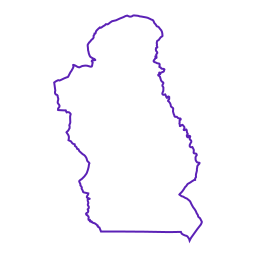 Derre, Zambezia, Mozambique
{"feature_id": "85939544B72257349680566", "entity_name": "Derre", "entity_type": "district", "adm_level": 2, "iso_a3": "MOZ", "parent_name": "Mozambique", "parent_adm1": "Zambezia", "projection": "mercator", "projection_center": [36.148, -17.057], "detail": "fine", "context": "isolated", "style": "outline", "palette": "violet", "viewbox_px": 256, "rotation_deg": 0, "n_neighbors": 0, "source": "geoboundaries", "source_scale": "gbopen_adm2", "svg_char_len": 5709}
<svg xmlns="http://www.w3.org/2000/svg" viewBox="0 0 256 256"><path d="M197.6,165.6L199.3,163.7L199.5,163.2L199.5,162.9L199.1,162.7L197.5,162.5L196.9,162.1L196.3,161.2L195.9,160.7L195.6,159.7L195.5,157.5L195.9,156.3L196.7,155.3L196.7,154.6L196.3,153.8L195.8,153.6L194.9,153.5L193.9,153.2L193.6,152.7L193.8,150.6L193.7,149.6L192.5,147.2L192.3,147.0L191.2,147.3L190.5,147.1L189.8,146.5L189.7,145.5L189.8,144.7L190.6,143.1L191.2,142.2L191.3,141.4L191.2,140.8L191.0,140.4L190.0,139.6L189.7,138.9L189.7,138.2L190.2,136.4L190.0,136.1L189.6,135.9L188.4,135.9L188.3,136.0L188.3,137.0L187.9,137.3L187.4,137.1L187.0,136.6L186.8,135.8L186.9,135.1L187.4,134.7L187.7,134.2L187.7,133.7L187.1,132.8L186.9,132.0L186.8,130.8L186.6,130.0L186.3,129.5L186.2,129.5L184.6,130.1L184.3,130.1L183.8,130.0L183.7,129.7L184.4,128.3L184.4,127.5L184.3,127.0L183.1,125.4L182.5,124.9L182.2,124.9L181.4,125.2L180.5,126.0L180.2,126.1L179.9,126.0L179.8,124.6L179.4,123.6L179.6,122.6L179.6,120.6L180.0,120.0L180.6,119.6L180.7,119.2L180.6,118.8L180.3,118.5L179.0,118.4L178.5,118.3L177.8,117.8L176.8,116.8L175.2,116.8L174.8,116.6L174.4,116.0L174.3,115.2L173.8,114.3L173.0,111.5L173.2,108.6L173.0,108.1L171.1,106.6L170.8,105.9L170.6,104.5L170.0,103.1L168.8,101.5L168.1,101.0L168.1,100.7L168.2,100.3L169.0,99.4L169.2,99.0L169.2,97.0L168.6,96.5L168.0,96.6L167.5,97.0L167.3,97.6L167.0,97.9L166.8,97.8L166.4,97.2L165.5,94.9L165.2,94.4L163.9,94.8L163.1,94.7L162.7,94.5L162.3,93.8L162.5,92.8L163.3,90.9L163.4,87.5L163.1,86.9L162.6,86.3L162.4,85.6L162.6,84.6L163.2,83.7L163.4,83.0L163.0,82.3L161.8,81.5L161.0,80.3L159.9,76.6L159.0,75.8L158.4,75.5L158.2,75.0L158.8,74.3L160.1,74.1L160.1,73.9L159.9,73.6L159.3,73.1L159.2,72.9L159.4,72.6L160.4,72.8L161.3,72.7L162.4,72.0L163.3,71.8L163.7,71.5L163.9,71.2L164.2,70.0L164.4,69.7L164.4,69.4L164.1,69.1L163.7,68.9L162.4,68.8L161.7,68.7L161.3,68.4L160.5,67.4L159.5,67.1L159.4,67.0L159.4,66.6L159.7,64.8L159.5,64.0L159.3,63.7L156.8,63.1L155.6,62.4L154.7,62.2L154.0,61.8L153.6,61.1L153.8,60.4L154.8,59.2L155.1,58.4L155.4,58.1L156.2,58.0L156.4,57.8L156.2,57.2L155.4,56.6L155.4,56.4L155.8,56.2L156.4,56.4L156.2,54.6L157.3,52.9L157.1,52.1L156.1,50.8L155.8,49.4L156.1,48.0L156.9,47.7L157.3,47.3L157.2,46.6L156.8,45.8L157.0,44.2L156.7,43.1L157.1,41.1L157.5,40.7L158.6,40.1L160.7,37.3L162.2,36.3L162.5,35.9L162.3,33.5L162.0,32.0L161.3,30.4L159.8,28.6L158.8,27.2L158.1,26.7L157.1,26.4L156.6,26.0L155.8,24.6L154.2,22.8L153.7,21.3L152.7,20.0L151.4,19.6L150.5,19.1L147.7,17.8L146.0,17.4L141.1,16.5L139.9,16.4L138.0,15.8L133.9,15.4L133.0,15.6L132.1,16.2L130.9,16.6L129.7,16.6L128.7,16.3L127.2,15.6L125.4,16.1L123.5,17.1L119.9,18.5L116.0,20.3L112.1,21.2L110.3,22.4L108.4,23.9L107.6,24.3L105.8,24.2L104.8,25.3L103.2,26.2L101.4,27.5L100.8,27.7L99.9,27.4L99.7,27.6L99.6,28.0L98.9,28.2L96.6,30.5L96.0,31.4L95.5,33.3L95.2,33.5L94.5,33.6L94.4,34.6L93.6,35.7L93.6,37.5L93.1,38.4L92.4,39.1L91.5,39.8L90.0,41.7L89.2,42.4L87.9,44.4L87.7,44.9L87.7,46.0L87.9,47.5L88.1,50.4L88.5,51.7L88.8,53.4L89.7,55.8L90.2,56.6L90.6,57.0L92.9,58.4L94.4,59.0L95.2,59.8L95.2,60.0L94.5,60.2L92.3,60.3L91.9,60.6L91.8,61.5L92.6,62.2L92.7,62.8L92.4,63.7L92.2,65.2L91.8,66.4L91.0,66.7L90.2,66.6L87.1,65.7L85.1,65.6L82.3,66.0L79.5,67.3L79.1,67.3L78.5,67.2L77.4,66.8L75.2,65.5L73.6,64.9L73.2,65.0L73.2,65.6L73.5,66.7L72.8,68.4L71.4,70.9L70.4,72.3L68.1,76.8L67.8,77.0L66.3,77.5L64.1,78.4L61.0,79.9L59.6,80.5L58.5,80.2L57.9,80.3L55.9,81.3L54.2,82.5L55.3,90.6L55.0,91.8L55.0,93.0L55.2,93.5L55.7,94.4L57.0,94.9L57.6,95.6L57.7,96.6L58.3,98.9L58.0,100.7L57.8,101.1L57.7,102.7L57.9,103.2L59.2,105.0L59.5,105.7L59.4,106.8L58.1,108.5L58.0,109.9L58.7,110.1L64.3,110.4L65.3,110.3L65.8,110.4L66.1,111.5L66.7,112.4L67.5,112.1L69.0,112.3L69.8,112.9L70.7,114.1L70.3,115.5L70.1,116.7L70.2,120.0L70.3,122.3L70.0,123.6L69.6,124.4L69.3,125.4L69.6,126.2L69.6,128.1L68.2,130.6L67.5,131.3L66.8,131.8L66.5,132.4L68.1,134.7L68.8,136.3L68.9,137.9L68.5,140.2L71.0,141.4L72.2,143.1L72.9,143.7L74.7,144.3L74.9,145.9L76.2,146.9L76.6,147.4L77.2,148.9L78.4,149.2L79.3,151.1L82.6,154.1L84.2,155.1L85.2,156.1L86.1,157.5L86.6,158.5L87.0,160.1L87.5,161.2L88.8,162.4L89.4,163.2L89.0,164.3L88.6,167.1L87.9,169.8L86.9,172.7L86.4,173.7L84.4,176.4L81.9,178.9L79.9,180.3L79.5,180.7L79.2,181.2L79.4,182.0L80.4,184.1L80.4,185.4L81.5,186.8L81.8,187.6L81.6,188.4L81.9,189.2L82.7,190.5L83.0,191.8L83.8,192.4L88.3,193.4L88.3,193.8L88.0,194.7L87.2,195.9L86.8,197.0L87.0,197.5L89.6,198.7L89.6,198.8L89.2,199.0L88.2,199.0L87.8,199.2L87.7,199.6L87.7,200.6L88.3,202.7L88.3,203.2L87.9,204.1L87.8,204.8L88.0,205.5L88.7,206.5L88.8,207.4L88.6,208.4L87.7,209.3L87.8,209.8L88.2,210.5L88.2,211.5L87.7,212.5L86.5,213.1L86.0,213.9L86.6,215.0L87.0,215.2L87.4,215.2L87.9,216.0L88.4,216.4L88.7,217.6L88.4,218.9L88.6,219.8L88.9,220.0L89.9,219.9L90.1,220.4L89.9,221.3L90.0,221.4L90.5,221.6L90.9,221.5L91.0,221.3L91.4,221.3L91.6,221.9L91.7,222.1L92.3,222.1L92.8,222.7L93.5,223.0L94.6,223.2L95.5,223.9L96.3,224.4L96.9,224.9L97.2,225.6L97.7,225.6L98.2,227.0L99.4,227.5L101.0,231.5L115.9,231.5L144.3,231.7L169.2,232.1L180.9,231.9L181.6,233.5L181.9,233.8L183.3,234.7L185.4,235.6L186.4,235.8L187.4,236.4L189.1,238.8L189.6,240.6L190.6,238.6L191.2,237.6L197.3,229.1L200.8,224.6L201.4,223.4L201.8,222.2L201.8,221.7L200.0,218.2L198.5,217.0L198.2,216.5L197.7,214.7L196.8,213.5L195.8,211.1L194.7,209.3L193.1,207.2L191.5,204.3L190.4,201.9L189.8,201.0L188.9,200.2L186.8,198.5L185.4,198.0L183.1,196.6L181.6,196.2L179.4,194.6L179.8,193.9L180.8,193.0L182.3,191.4L184.1,188.8L185.0,187.2L186.2,186.1L187.6,184.0L190.6,182.3L191.5,181.6L194.1,180.0L195.1,179.9L195.1,178.6L195.3,178.1L195.8,177.5L196.0,177.0L195.9,175.6L196.0,174.2L196.9,170.7L196.9,168.9L197.2,167.5L197.3,166.3L197.6,165.6Z" fill="none" stroke="#5b21b6" stroke-width="2"/></svg>